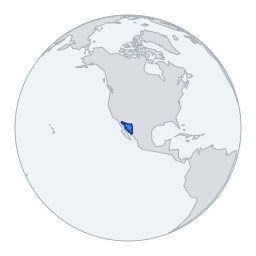 Sonora on an orthographic globe
{"feature_id": "MEX-2712", "entity_name": "Sonora", "entity_type": "State", "adm_level": 1, "iso_a3": "MEX", "parent_name": "Mexico", "parent_adm1": "", "projection": "orthographic", "projection_center": [-111.078, 29.368], "detail": "medium", "context": "on_globe", "style": "filled", "palette": "blue", "viewbox_px": 256, "rotation_deg": 0, "n_neighbors": 0, "source": "natural_earth", "source_scale": "10m", "svg_char_len": 10098}
<svg xmlns="http://www.w3.org/2000/svg" viewBox="0 0 256 256"><circle cx="128" cy="128" r="113" fill="#eef3f6" stroke="#a8b0b8"/><path d="M27.0,174.3L27.3,175.0L27.0,174.3ZM170.7,232.2L168.6,232.9L171.2,231.4L174.2,229.9L172.8,230.3L179.6,226.2L177.1,227.5L182.6,222.2L188.7,216.5L197.4,200.5L196.6,197.9L190.6,196.6L183.7,186.1L186.5,179.7L184.6,177.6L190.8,167.1L188.5,159.7L186.2,159.3L184.2,163.0L175.6,160.2L171.9,154.7L142.1,149.2L138.3,146.2L137.1,140.7L121.8,123.1L131.0,140.1L126.0,137.1L121.1,131.1L122.7,129.5L117.8,120.5L112.6,117.1L108.2,105.5L110.3,90.6L112.7,92.9L112.9,89.4L110.0,86.4L108.0,85.4L104.8,71.5L95.8,64.0L90.4,65.2L93.5,62.4L81.7,67.6L75.2,67.2L84.1,65.5L86.2,63.8L82.6,62.3L83.9,60.2L83.0,58.4L85.0,56.2L90.0,55.7L91.4,54.4L88.8,53.5L89.1,50.9L92.8,52.4L93.7,48.2L102.3,47.4L110.6,54.4L117.0,53.1L129.7,58.6L130.1,56.7L135.2,57.9L137.5,56.2L139.2,58.0L139.7,55.2L137.7,53.9L137.2,52.3L138.4,51.3L140.8,53.3L140.5,54.1L141.8,54.2L142.5,55.7L142.9,54.4L145.6,57.1L144.7,53.0L148.4,54.0L149.7,56.2L147.2,57.8L143.9,67.9L144.4,71.2L147.7,74.0L159.0,75.1L160.6,78.2L164.5,81.1L164.8,78.4L161.8,75.2L163.2,71.2L159.4,68.1L159.4,66.2L156.5,62.6L159.5,61.3L164.1,62.1L166.7,65.1L168.8,65.7L168.4,61.5L175.3,66.3L183.4,68.1L184.9,69.7L184.0,74.7L178.7,77.7L177.5,85.4L180.9,78.7L184.6,83.4L186.3,83.5L187.7,82.5L187.3,80.1L189.1,81.5L186.4,88.3L184.8,87.2L185.6,84.9L183.1,86.5L181.3,91.6L183.4,93.9L178.5,100.2L179.9,102.0L179.6,104.6L177.8,101.2L181.0,107.6L175.7,117.7L180.0,129.2L172.9,121.5L168.6,121.6L163.7,123.1L164.3,125.0L157.0,125.2L151.7,130.5L151.8,140.2L155.9,146.8L163.9,145.5L165.3,141.0L170.7,138.9L168.8,150.3L178.5,149.3L178.6,157.3L181.7,160.4L186.0,158.0L190.7,158.4L193.2,152.9L197.7,148.6L198.6,154.7L200.4,148.0L203.4,149.8L211.8,145.2L211.3,147.0L218.6,150.1L225.1,148.5L226.6,151.7L225.9,154.9L227.9,153.9L227.9,155.6L234.4,150.8L236.7,150.8L235.9,156.6L232.6,166.4L226.3,182.1L219.4,191.7L215.4,197.7L206.2,208.1L202.3,210.6L201.1,212.7L197.1,216.0L194.0,217.9L191.5,220.1L189.1,221.4L189.3,221.8L182.6,226.0L181.2,227.1L175.6,230.0L174.9,230.4L173.8,230.9L171.9,231.7L171.0,232.1L170.7,232.2ZM53.2,133.4L53.6,130.8L54.6,132.8L53.2,133.4ZM53.0,128.9L53.0,129.9L52.8,129.0L53.0,128.9ZM52.2,128.1L52.8,128.7L52.1,128.3L52.2,128.1ZM51.2,127.4L51.8,127.7L51.7,127.8L51.2,127.4ZM180.5,133.3L191.4,135.4L186.2,138.1L187.0,136.7L184.1,135.3L178.9,134.7L174.0,137.4L180.5,133.3ZM49.9,125.5L49.5,124.9L50.2,124.9L49.9,125.5ZM183.2,125.4L181.4,125.5L183.1,124.9L183.2,125.4ZM106.8,85.3L109.8,86.6L111.9,90.2L109.3,89.3L106.8,85.3ZM102.9,78.9L104.7,78.8L104.3,82.3L103.4,81.2L102.9,78.9ZM86.2,66.8L88.3,67.4L85.8,67.5L86.2,66.8ZM82.5,58.6L81.5,59.1L81.4,58.0L82.5,58.6ZM155.0,63.6L155.7,63.1L155.9,64.0L155.0,63.6ZM153.0,62.6L152.7,64.0L151.7,63.7L151.9,62.8L153.0,62.6ZM84.4,53.7L84.6,51.9L85.3,53.6L84.4,53.7ZM153.7,60.9L150.0,63.1L148.3,62.6L147.7,59.0L153.7,60.9ZM85.3,50.8L85.8,46.8L83.5,47.5L90.3,43.5L87.6,48.1L88.8,50.0L86.9,49.7L85.3,50.8ZM136.5,54.0L138.7,55.3L135.8,55.2L136.5,54.0ZM134.7,54.3L126.4,56.8L123.8,54.6L127.1,54.1L122.8,52.2L125.7,49.8L128.7,50.3L129.8,52.2L130.0,49.9L134.7,54.3ZM93.9,42.1L94.8,41.2L94.8,42.1L93.9,42.1ZM136.8,51.7L135.3,52.3L133.0,50.3L135.5,48.8L135.4,49.9L136.8,51.7ZM120.3,52.9L119.0,51.3L121.0,48.9L120.7,48.0L125.5,49.6L120.3,52.9ZM136.6,49.8L136.8,48.0L139.0,48.1L138.1,50.9L136.6,49.8ZM131.3,50.5L130.3,49.6L131.7,49.6L131.3,50.5ZM147.0,47.6L145.3,48.2L143.9,47.2L147.0,47.6ZM136.7,47.4L135.9,47.4L135.2,47.1L135.8,46.0L136.7,47.4ZM126.6,47.8L127.6,47.3L124.7,47.1L126.0,45.4L129.0,46.8L128.3,45.5L128.7,45.0L130.6,46.8L126.6,47.8ZM134.2,44.2L138.4,45.7L141.9,44.7L143.2,45.5L137.4,46.9L134.2,44.2ZM131.9,45.5L133.6,44.8L134.4,46.1L133.7,47.3L131.9,45.5ZM125.8,43.9L123.0,46.0L122.5,45.7L125.8,43.9ZM135.0,43.6L134.0,43.3L135.2,43.4L135.0,43.6ZM128.5,43.5L127.6,44.2L127.0,43.8L128.5,43.5ZM132.7,42.1L134.1,42.5L133.6,43.3L132.7,42.1ZM130.6,42.5L130.0,41.7L132.7,43.4L130.3,42.9L130.6,42.5ZM128.1,42.9L127.4,42.9L128.5,42.7L128.1,42.9ZM133.5,38.9L136.9,40.8L136.0,42.5L132.8,40.4L133.5,38.9ZM169.7,232.6L168.4,233.1L170.2,232.4L169.7,232.6ZM173.8,230.9L174.1,230.8L173.8,230.9ZM237.9,103.3L236.7,99.8L234.7,93.0L232.3,87.7L216.2,58.9L215.1,56.8L210.5,51.4L216.1,57.8L221.1,64.6L225.6,71.8L229.6,79.3L232.9,87.1L235.7,95.1L237.9,103.3ZM192.9,36.0L193.0,36.0L194.4,37.0L197.7,39.5L197.8,39.6L203.1,44.4L213.5,55.0L215.8,58.3L216.1,59.8L208.6,52.8L204.3,46.4L201.6,44.3L199.3,43.9L198.2,42.2L196.7,41.3L194.8,39.2L188.9,35.1L186.4,33.0L181.2,30.7L179.2,29.5L182.9,31.1L184.1,31.4L177.7,27.2L175.5,26.2L172.6,25.1L171.2,24.3L169.2,23.9L164.0,21.8L168.7,24.2L165.4,23.5L160.6,22.1L160.4,22.4L168.1,24.8L170.5,25.5L171.1,25.3L178.2,28.0L181.1,29.7L176.8,28.8L180.4,31.3L175.5,29.9L157.7,23.5L151.7,21.6L148.2,18.6L151.3,19.0L154.1,20.1L154.2,19.2L152.9,19.2L151.7,18.7L148.3,18.3L147.3,18.0L145.7,18.4L144.1,17.9L145.1,17.7L138.7,17.2L134.5,16.6L133.5,16.7L133.6,17.0L128.3,16.3L127.8,16.5L129.4,16.7L129.4,17.2L127.4,18.0L125.7,17.7L126.2,17.4L124.6,16.5L126.1,15.9L125.2,15.9L123.4,16.4L125.4,17.4L124.7,18.0L123.3,17.4L123.7,17.6L122.8,17.9L120.3,17.9L121.6,18.6L114.1,22.5L108.5,23.3L108.1,22.1L101.0,25.6L95.2,26.9L96.6,27.0L94.2,29.2L96.0,28.8L96.5,29.0L91.1,35.3L88.5,36.8L87.8,40.3L88.5,40.4L90.4,39.5L90.3,43.5L83.5,47.5L82.2,46.8L78.9,50.0L76.3,48.3L72.6,48.6L71.6,45.3L68.8,46.1L67.8,47.3L63.3,49.5L57.2,50.4L66.4,44.3L76.3,43.4L72.6,43.1L74.7,41.7L74.2,40.8L71.5,40.9L70.4,41.8L72.5,35.6L68.5,35.0L65.7,37.9L62.2,40.2L55.2,43.5L54.1,43.0L60.2,38.0L66.7,33.5L73.5,29.4L80.5,25.9L87.7,22.8L95.2,20.2L102.8,18.2L110.6,16.7L118.4,15.8L126.3,15.4L134.1,15.5L142.0,16.2L149.8,17.5L157.4,19.3L165.0,21.6L172.3,24.4L179.5,27.8L186.3,31.6L192.9,36.0ZM224.4,70.3L225.4,71.9L224.4,70.3ZM212.0,145.0L213.1,145.6L211.9,146.4L212.0,145.0ZM186.0,140.9L188.0,140.4L189.3,141.0L187.8,141.8L186.0,140.9ZM202.2,134.5L204.3,134.1L202.3,135.6L202.2,134.5ZM193.0,135.6L200.5,135.1L196.6,138.8L191.8,139.2L194.8,137.4L193.0,135.6ZM183.3,129.5L184.7,129.5L184.6,130.8L183.3,129.5ZM184.4,125.0L184.0,125.3L183.1,124.5L184.4,125.0ZM184.8,82.9L185.0,82.4L186.6,81.8L186.4,83.0L184.8,82.9ZM190.8,74.2L193.6,76.7L191.4,75.7L191.6,77.6L187.2,78.1L185.4,70.6L187.0,73.8L190.8,74.2ZM180.9,77.1L183.9,77.4L180.7,77.4L180.9,77.1ZM190.6,40.1L191.0,39.5L193.2,40.8L196.3,44.3L193.1,42.3L190.6,40.1ZM190.9,38.5L185.9,37.2L183.7,35.3L185.8,36.5L184.9,35.4L188.0,37.1L190.9,36.9L193.1,38.2L197.6,43.3L194.9,40.8L194.7,41.4L190.9,38.5ZM176.7,39.8L174.4,39.9L172.7,35.5L175.0,35.9L178.2,39.1L177.4,40.5L176.7,39.8ZM153.3,54.5L152.6,55.4L151.9,54.7L152.0,53.5L153.3,54.5ZM146.3,48.0L155.9,50.3L155.5,51.4L161.5,51.9L162.9,54.9L159.0,54.4L164.5,57.3L161.5,58.0L165.4,59.8L156.5,58.3L154.0,59.3L156.2,57.0L155.0,54.2L153.8,53.2L148.3,51.5L142.4,52.6L140.2,50.3L140.3,48.3L141.4,47.7L142.4,49.4L143.2,47.3L145.5,49.3L146.3,48.0ZM142.3,30.6L143.0,32.2L144.9,29.7L147.2,31.1L147.3,30.7L150.0,31.5L153.3,31.8L154.0,32.6L155.1,32.4L156.9,33.0L158.5,33.1L160.3,34.7L162.5,34.9L162.1,35.6L165.3,35.6L163.8,36.3L165.9,37.3L166.3,36.1L172.3,46.1L176.0,50.2L180.0,53.4L176.8,54.6L171.1,52.5L164.7,49.1L161.5,45.2L160.7,46.6L158.9,45.2L160.3,44.7L157.1,44.7L156.1,43.5L150.3,41.4L146.4,42.5L144.2,41.9L145.2,40.8L142.3,41.0L142.8,38.7L141.2,38.2L140.1,35.6L143.0,34.1L141.0,33.7L140.1,31.9L142.3,30.6ZM133.3,38.2L136.2,35.6L138.9,35.3L139.7,40.0L141.1,40.7L141.7,44.0L137.7,44.6L137.9,43.5L137.2,42.7L138.7,42.9L136.9,42.1L137.1,40.7L135.8,39.8L137.1,39.2L133.3,38.2ZM200.8,42.0L200.5,41.8L199.0,40.6L200.3,41.6L200.8,42.0ZM181.7,30.4L180.4,29.5L180.9,29.7L182.4,30.4L181.7,30.4ZM148.2,24.6L148.2,25.3L147.4,25.2L145.2,26.2L143.3,25.4L143.9,24.5L148.2,24.6ZM145.7,23.9L145.1,24.4L144.5,23.7L145.7,23.9ZM141.8,24.9L140.9,24.2L142.8,25.5L141.8,24.9ZM128.3,19.5L133.5,18.8L136.0,18.2L135.3,17.5L138.4,18.4L134.7,19.3L128.3,19.5ZM116.0,22.1L116.6,23.0L114.9,23.0L114.5,22.8L116.0,22.1ZM117.4,22.3L120.8,22.6L120.2,23.5L117.6,23.0L117.4,22.3ZM133.4,22.6L135.1,22.4L135.5,22.9L133.4,22.6ZM26.2,174.3L27.2,176.2L26.5,175.2L26.2,174.3ZM27.3,175.0L26.4,173.9L27.0,174.3L27.3,175.0ZM44.0,52.9L43.8,53.2L45.0,51.9L44.6,52.8L47.1,50.5L47.4,50.6L44.5,53.4L40.7,57.0L42.7,54.4L44.0,52.9ZM48.3,49.4L52.6,46.6L49.8,50.1L48.2,51.4L47.4,51.2L48.9,49.4L48.3,49.4ZM52.8,47.0L54.3,45.4L63.7,39.5L65.0,39.2L56.3,45.0L57.3,43.8L55.5,44.8L52.8,47.0ZM93.7,41.2L94.7,41.2L93.5,41.8L93.7,41.2ZM97.5,28.8L98.0,29.3L96.6,29.8L97.5,28.8ZM98.7,31.0L99.9,30.0L99.3,31.1L98.7,31.0ZM102.5,27.9L100.7,29.6L101.4,27.8L102.5,27.9Z" fill="#d9dde1" stroke="#a8b0b8" stroke-width="1"/><path d="M121.8,121.7L128.0,124.1L131.5,124.1L131.4,125.1L132.2,125.7L132.3,126.6L132.2,127.9L132.3,129.2L132.2,129.5L132.4,130.0L132.2,130.2L131.5,130.1L131.3,130.3L131.6,130.9L131.8,131.0L132.0,131.3L132.2,131.6L132.3,132.0L132.2,132.2L132.4,132.5L132.6,132.6L132.5,133.0L131.4,133.9L131.2,133.9L131.2,133.6L130.8,133.3L130.9,133.2L130.7,133.1L130.8,133.3L130.5,133.3L130.2,133.1L130.0,132.7L130.1,132.8L130.0,132.5L129.9,132.4L129.8,132.5L129.4,132.4L129.0,132.1L129.0,131.9L128.9,131.9L128.8,131.4L128.9,131.2L129.0,130.9L128.4,130.9L128.5,130.8L128.4,130.7L128.3,131.0L128.1,130.8L127.6,130.4L127.4,130.0L127.4,129.9L126.9,129.8L126.8,129.5L126.5,129.2L126.1,128.8L126.1,128.5L126.0,128.3L126.0,128.1L125.9,128.1L125.7,128.0L125.8,127.8L125.4,127.3L125.3,126.9L125.2,126.9L125.1,126.3L125.0,126.2L125.0,125.9L124.6,125.4L124.5,125.1L124.6,124.9L124.5,124.6L124.6,124.8L124.7,124.5L124.4,124.3L124.4,124.2L124.4,124.3L123.7,124.1L123.7,123.8L123.3,123.5L123.2,123.6L123.2,123.4L123.2,123.6L123.1,123.8L122.8,123.8L122.1,123.2L121.6,122.9L121.6,122.7L121.5,122.4L121.4,122.1L121.6,121.8L121.8,121.7ZM125.9,129.2L125.4,129.0L125.6,128.8L125.6,128.4L126.0,128.2L125.9,128.4L126.1,128.7L125.9,129.2ZM121.8,123.1L122.0,123.3L121.8,123.3L121.8,123.1ZM131.3,134.1L131.3,133.9L131.4,134.0L131.3,134.1ZM128.8,132.0L128.8,131.9L128.8,132.0L129.0,132.1L128.8,132.0ZM129.8,132.5L130.0,132.6L129.9,132.5L129.8,132.5ZM127.5,130.8L127.5,130.7L127.5,130.8L127.5,130.8Z" fill="#3b82f6" stroke="#1e3a8a" stroke-width="1.5"/></svg>